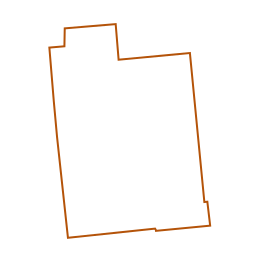 the district of Crawford, Missouri, United States of America, rotated 174°
{"feature_id": "52423323B82106170335401", "entity_name": "Crawford", "entity_type": "district", "adm_level": 2, "iso_a3": "USA", "parent_name": "United States of America", "parent_adm1": "Missouri", "projection": "mercator", "projection_center": [-91.306, 37.954], "detail": "fine", "context": "isolated", "style": "outline", "palette": "amber", "viewbox_px": 256, "rotation_deg": 174, "n_neighbors": 0, "source": "geoboundaries", "source_scale": "gbopen_adm2", "svg_char_len": 346}
<svg xmlns="http://www.w3.org/2000/svg" viewBox="0 0 256 256"><g transform="rotate(174 128 128)"><path d="M110.9,22.8L56.5,22.3L56.8,46.4L59.8,46.4L58.6,196.1L130.2,196.9L129.4,232.6L180.5,233.7L182.7,215.9L197.8,216.2L199.0,162.5L199.5,126.6L199.2,25.1L111.6,25.1L110.9,23.5L110.9,22.8Z" fill="none" stroke="#b45309" stroke-width="2"/></g></svg>